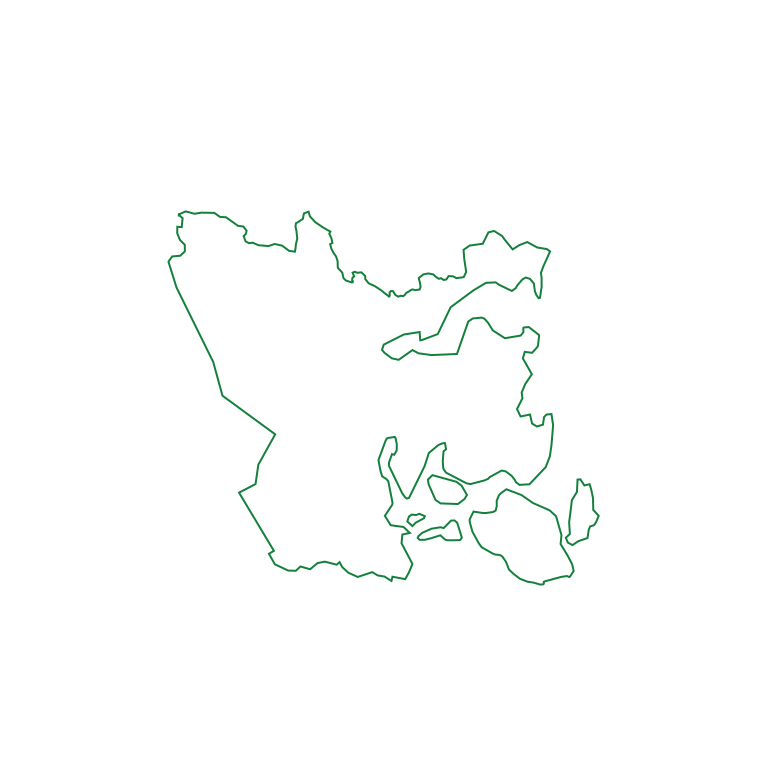 Wrangell, Alaska, United States of America (Robinson projection), rotated 220°
{"feature_id": "52423323B13000193718373", "entity_name": "Wrangell", "entity_type": "district", "adm_level": 2, "iso_a3": "USA", "parent_name": "United States of America", "parent_adm1": "Alaska", "projection": "robinson", "projection_center": [-132.186, 56.269], "detail": "fine", "context": "isolated", "style": "outline", "palette": "green", "viewbox_px": 768, "rotation_deg": 220, "n_neighbors": 0, "source": "geoboundaries", "source_scale": "gbopen_adm2", "svg_char_len": 4875}
<svg xmlns="http://www.w3.org/2000/svg" viewBox="0 0 768 768"><g transform="rotate(220 384 384)"><path d="M251.7,237.9L253.6,241.8L242.3,248.2L243.8,255.7L246.5,264.4L268.2,273.3L273.2,280.5L268.5,286.5L277.2,287.0L288.1,280.1L298.6,283.6L300.1,296.8L301.1,298.5L318.3,312.3L321.0,312.7L326.2,312.1L331.5,315.7L339.3,322.1L346.2,341.1L346.8,343.9L346.3,345.1L341.7,350.4L340.4,350.0L335.5,346.1L331.6,341.3L330.7,336.4L332.8,335.4L329.8,327.3L327.8,324.6L299.8,312.0L294.7,310.7L292.9,310.9L291.6,312.8L300.1,347.2L305.3,360.0L303.1,372.2L300.7,376.7L299.3,377.9L294.5,373.9L295.1,371.1L294.8,370.2L289.1,362.3L284.4,357.5L282.0,356.6L279.3,356.0L256.8,361.0L253.3,363.1L245.0,374.8L243.2,378.5L243.2,380.6L238.2,393.4L234.5,395.3L227.2,395.7L222.0,394.6L219.9,393.6L215.4,393.8L208.1,400.7L206.7,424.3L210.5,435.3L216.6,445.1L228.0,461.2L236.4,468.6L239.9,465.0L240.1,461.5L236.1,455.0L239.6,449.7L245.2,448.9L252.5,454.5L258.5,446.9L266.0,450.3L268.8,462.1L273.1,466.0L275.8,474.9L277.0,486.5L284.7,489.4L294.1,492.9L296.8,499.1L290.6,503.1L290.3,510.2L290.5,511.9L295.9,520.3L297.0,521.2L309.7,520.7L313.1,517.3L313.3,516.4L310.6,513.4L310.4,509.0L320.8,496.8L335.2,495.0L343.6,497.8L349.2,498.6L352.0,497.5L358.1,491.3L359.6,486.0L347.4,453.9L366.2,436.7L377.3,429.7L384.0,428.3L388.3,412.0L394.5,408.7L403.6,408.2L407.5,408.9L409.5,414.0L400.6,434.7L390.1,446.7L384.4,440.8L383.1,442.2L374.9,456.8L382.3,485.7L375.7,513.1L370.9,527.1L363.8,533.6L359.4,534.0L345.8,537.5L344.7,542.5L345.3,544.7L345.2,553.1L343.9,556.6L339.7,558.4L333.8,557.3L328.1,552.1L324.7,550.2L320.7,549.1L319.9,550.3L325.9,560.0L331.8,566.9L335.2,570.0L337.5,576.4L342.0,592.3L345.9,592.1L354.3,587.1L365.5,584.8L369.5,577.6L372.0,569.8L384.6,572.2L388.6,573.3L398.0,572.0L401.5,567.3L398.5,554.9L407.4,545.1L409.3,537.9L402.5,531.0L393.1,522.7L391.6,517.1L396.6,511.6L400.3,510.9L403.9,508.1L403.4,504.2L405.1,502.1L408.5,501.6L409.5,499.9L412.9,499.4L416.7,499.6L421.1,497.2L424.4,493.1L424.9,490.0L425.5,487.5L421.9,484.9L418.5,482.0L417.4,479.4L420.4,475.9L422.8,474.9L423.9,473.2L424.3,471.1L425.5,468.2L425.3,465.7L425.7,463.8L428.1,462.1L429.2,460.1L432.6,459.5L435.0,460.3L436.5,461.0L438.4,459.8L438.6,457.8L436.3,455.2L436.3,454.2L438.5,454.2L441.2,454.0L445.9,454.0L453.9,453.1L460.5,451.3L465.8,452.3L467.8,454.7L473.1,455.0L476.0,452.0L478.5,451.2L479.6,449.1L476.0,447.2L476.5,445.3L475.2,443.0L474.0,442.8L473.4,441.8L473.7,441.3L475.8,440.3L479.7,438.8L483.0,439.0L487.6,442.5L494.0,443.3L495.8,445.2L498.3,448.1L502.5,450.8L507.4,452.2L511.3,453.8L515.1,456.5L514.2,458.9L518.2,462.0L522.5,463.9L523.1,466.3L527.4,465.4L532.5,464.6L540.7,463.8L548.5,464.8L552.5,467.5L555.0,463.3L552.3,458.3L553.9,452.8L554.8,450.5L552.8,447.5L549.7,445.2L543.9,439.6L541.0,433.9L539.3,431.6L537.3,428.1L542.3,425.0L551.0,424.5L557.7,421.0L561.3,415.2L564.8,412.9L569.2,409.7L575.5,407.8L577.9,405.1L581.7,404.3L586.6,407.1L586.3,410.2L587.8,413.1L593.0,414.2L597.5,411.3L612.2,410.2L617.0,406.6L624.0,406.0L634.1,397.8L638.6,392.6L646.9,388.7L649.4,383.6L650.3,382.4L649.5,381.1L648.5,381.7L644.8,381.5L643.8,380.0L639.8,374.1L643.4,371.6L639.3,366.6L632.9,363.2L626.1,362.6L621.8,357.6L622.5,351.3L628.2,345.6L627.9,339.7L627.3,338.8L627.2,338.8L605.1,324.6L529.0,291.1L500.2,271.2L435.0,275.5L428.4,241.4L418.1,224.8L425.2,207.6L361.1,185.4L363.0,180.0L351.7,175.7L337.5,179.5L331.5,184.2L330.7,190.5L321.5,194.6L319.8,204.1L315.1,209.9L304.1,215.2L303.5,219.0L298.3,216.9L290.0,216.5L280.1,219.3L272.1,232.3L265.8,233.3L259.9,236.8L251.7,237.9ZM118.0,355.2L117.7,355.9L118.5,362.7L124.1,366.9L133.1,370.6L145.8,374.9L151.0,382.4L167.2,393.3L175.9,393.7L193.3,388.6L207.4,387.3L222.6,382.0L224.3,375.1L224.4,372.5L222.6,367.0L219.0,362.8L217.1,358.7L218.3,355.9L222.7,351.0L225.2,348.8L233.4,343.8L231.4,335.5L229.9,333.6L221.3,327.7L209.0,322.9L204.2,321.7L191.8,324.0L189.5,324.7L185.3,327.5L182.4,327.9L176.3,326.2L169.0,322.2L162.7,321.8L154.6,322.2L147.0,324.8L141.9,327.9L135.4,330.8L133.2,332.9L133.2,333.8L134.4,335.0L134.3,335.7L124.2,350.2L120.4,354.5L118.0,355.2ZM129.1,396.8L133.5,404.0L134.5,407.4L132.3,411.0L132.9,415.0L134.8,421.0L142.8,422.1L150.6,431.0L157.9,436.7L162.1,439.4L165.3,435.1L172.3,437.2L174.3,435.2L166.8,425.3L165.4,415.8L157.4,403.5L153.4,397.2L145.2,388.6L145.9,383.1L141.2,380.7L136.0,381.8L134.2,388.3L129.1,396.8ZM248.4,347.6L249.1,352.3L259.2,356.0L265.8,355.6L288.3,345.3L288.9,339.0L285.4,335.9L270.0,328.3L263.9,328.9L250.2,339.6L248.4,347.6ZM225.3,313.7L225.7,316.4L238.8,324.8L242.3,324.8L244.8,322.5L245.7,311.9L248.5,310.7L254.6,303.7L259.1,294.5L259.8,289.7L259.2,287.7L256.6,287.5L252.5,291.0L248.4,296.7L243.6,304.3L237.0,304.1L234.9,305.1L226.2,312.5L225.3,313.7ZM267.1,306.9L267.8,309.0L273.5,307.3L275.1,304.3L278.9,301.7L279.7,298.5L277.8,293.7L270.9,293.4L270.6,298.0L267.1,306.9Z" fill="none" stroke="#15803d" stroke-width="2"/></g></svg>